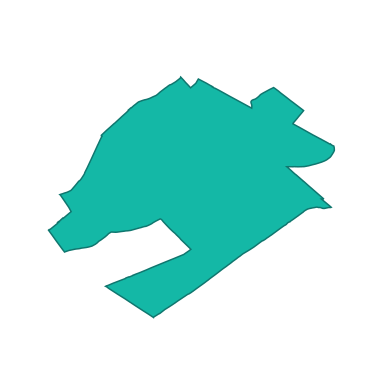 Oudewater, Utrecht, Netherlands, rotated 348°
{"feature_id": "6326949B94693963978568", "entity_name": "Oudewater", "entity_type": "district", "adm_level": 2, "iso_a3": "NLD", "parent_name": "Netherlands", "parent_adm1": "Utrecht", "projection": "natural_earth1", "projection_center": [4.869, 52.025], "detail": "fine", "context": "isolated", "style": "filled", "palette": "teal", "viewbox_px": 384, "rotation_deg": 348, "n_neighbors": 0, "source": "geoboundaries", "source_scale": "gbopen_adm2", "svg_char_len": 5811}
<svg xmlns="http://www.w3.org/2000/svg" viewBox="0 0 384 384"><g transform="rotate(348 192 192)"><path d="M325.0,235.9L324.2,234.8L317.1,225.8L317.8,225.9L318.6,226.1L319.3,226.2L319.6,226.4L306.8,209.4L303.9,205.4L303.4,204.8L303.1,204.7L303.1,204.4L298.1,197.8L297.7,197.2L296.5,195.9L296.0,195.1L295.5,194.6L293.3,191.4L290.0,187.0L290.6,187.1L291.7,187.3L295.5,188.2L297.4,188.5L301.0,189.4L302.1,189.6L306.5,190.4L307.3,190.5L311.0,190.6L311.8,190.6L315.3,190.4L318.8,190.3L322.1,190.0L325.0,189.7L327.9,189.2L328.7,189.0L330.2,188.6L330.7,188.4L331.8,187.9L334.2,186.8L334.9,186.3L335.5,185.8L337.9,183.4L339.0,182.2L339.3,181.7L339.8,181.1L340.0,180.4L340.1,179.7L340.3,178.5L340.3,177.6L340.3,176.6L339.0,175.6L338.5,175.2L337.4,173.8L337.2,174.0L336.7,173.7L335.9,173.0L335.5,172.6L331.4,169.1L322.6,161.7L322.1,161.3L321.9,161.2L321.7,160.9L321.2,160.5L318.0,157.7L313.7,153.9L304.9,146.3L305.0,146.0L305.1,145.8L305.2,145.7L307.2,144.2L310.4,141.7L311.7,140.6L313.8,139.0L316.6,136.8L318.1,135.6L317.5,134.8L312.6,129.1L309.5,125.5L307.3,123.0L304.0,119.0L300.4,114.8L299.1,113.3L297.6,111.3L294.6,107.9L293.5,106.8L292.4,107.1L289.5,107.8L281.7,110.1L280.3,110.6L279.4,110.9L278.6,111.4L277.0,112.5L276.4,112.8L275.2,113.4L274.6,113.7L273.6,114.1L273.0,114.3L272.6,114.3L270.9,114.5L270.6,114.6L270.0,114.7L269.3,115.1L268.9,115.4L268.6,115.7L268.5,116.0L268.4,116.3L268.3,116.8L268.3,117.2L268.5,118.8L268.5,119.2L268.5,119.6L268.4,120.5L267.8,122.4L265.8,120.7L263.8,119.0L261.7,117.2L248.8,106.2L239.6,98.2L236.1,95.3L235.6,95.0L235.2,94.8L233.8,93.5L234.1,93.4L233.2,92.5L231.7,91.3L230.4,90.1L228.4,88.3L227.9,87.9L221.7,82.8L218.3,86.5L212.3,89.8L210.0,85.9L208.6,83.7L207.0,80.8L204.8,77.2L204.0,78.4L203.3,78.6L201.6,79.5L201.2,79.6L199.8,80.4L197.8,81.2L195.7,81.9L194.0,82.5L192.6,82.6L192.0,82.8L189.9,83.7L189.0,84.2L187.5,84.8L181.6,87.6L180.9,88.0L179.0,89.1L177.2,90.0L176.4,90.2L174.9,90.5L173.0,90.9L171.9,91.2L170.1,91.6L168.7,91.8L166.8,92.0L164.6,92.0L162.4,92.2L160.2,92.5L158.4,92.8L157.9,93.0L155.9,94.0L154.8,94.6L154.1,94.9L152.9,95.5L150.4,96.9L150.0,97.1L149.9,97.0L149.6,97.0L148.3,97.8L146.8,98.6L147.0,98.9L146.4,99.3L144.2,100.7L138.6,103.9L137.3,104.7L137.3,104.8L136.8,105.0L134.6,106.3L130.9,108.5L130.4,108.8L130.0,108.9L127.8,110.2L121.3,113.9L115.9,117.2L115.1,117.7L115.2,117.9L115.5,118.3L115.6,118.7L115.3,118.8L115.2,119.1L114.8,119.3L114.8,119.6L113.0,121.9L110.1,125.8L109.4,126.6L108.7,127.6L100.0,139.3L94.3,146.8L92.6,148.9L91.2,150.7L90.4,152.1L86.5,156.0L84.8,157.4L84.3,157.6L83.9,157.7L83.3,158.0L80.9,160.0L78.6,161.8L74.8,164.7L74.4,165.0L74.1,165.2L72.0,165.8L69.6,166.3L67.0,166.5L64.9,166.8L63.5,166.9L62.2,167.1L62.7,167.7L63.0,168.5L68.3,181.4L69.7,186.1L60.5,191.0L60.3,190.6L58.0,191.9L58.0,192.0L56.4,192.9L55.7,193.1L55.9,193.5L54.8,194.1L54.6,193.6L54.0,194.0L54.3,194.7L54.2,194.6L44.6,199.5L44.4,199.1L43.7,199.5L46.4,205.5L47.6,208.3L49.2,212.0L53.8,222.1L54.5,223.4L54.8,224.2L57.9,223.8L59.5,223.6L61.3,223.6L63.0,223.6L65.9,223.6L67.2,223.7L69.1,223.9L70.6,224.0L71.9,223.9L77.2,224.3L79.8,224.3L82.9,224.1L86.6,223.0L88.6,222.1L90.6,220.8L91.2,220.6L93.1,219.9L97.9,217.7L100.2,216.4L101.7,215.4L102.7,215.0L104.6,214.4L104.9,214.4L105.2,214.5L109.0,215.5L110.5,215.7L114.9,216.0L117.2,216.2L119.2,216.3L121.2,216.6L123.9,216.8L130.2,216.4L133.2,216.2L134.7,216.2L136.2,216.0L138.4,215.9L139.8,216.0L141.7,215.7L144.3,215.1L146.0,214.6L147.6,213.9L150.4,213.0L153.4,212.2L155.3,211.7L155.5,211.8L156.0,212.2L156.7,213.0L157.8,215.2L157.9,215.3L158.1,215.7L158.6,216.5L159.0,217.2L160.2,219.2L162.6,223.1L164.8,226.3L165.6,227.4L166.5,228.5L167.5,230.0L167.9,230.8L168.5,231.5L168.8,232.1L169.4,232.9L170.6,234.8L171.0,235.7L171.6,236.7L173.7,239.8L174.9,241.6L178.3,246.7L179.0,247.8L176.8,248.9L172.7,250.6L171.6,251.1L170.9,251.4L170.3,251.5L160.0,253.4L151.5,254.9L142.7,256.5L136.1,257.7L131.3,258.7L123.0,260.2L119.5,260.7L119.5,260.8L117.9,261.0L118.0,261.1L114.1,261.9L112.7,262.1L112.6,261.9L112.4,261.9L109.8,262.3L109.0,262.5L108.7,262.6L108.8,262.6L108.7,262.8L95.9,264.8L91.4,265.7L89.7,266.0L88.8,266.0L88.3,266.2L87.9,266.3L89.0,267.2L90.4,268.9L94.5,273.0L97.7,276.2L104.0,282.3L108.1,286.5L113.6,292.1L119.3,297.8L124.1,302.5L128.3,306.8L128.4,306.6L128.6,306.4L128.9,306.2L131.8,305.2L134.4,304.2L134.8,304.3L135.5,304.0L140.0,301.8L141.4,301.1L141.6,301.1L149.1,298.3L153.9,296.3L155.5,295.6L158.8,294.3L159.6,294.0L161.5,293.2L163.1,292.6L165.0,291.8L166.3,291.3L166.5,291.2L167.9,291.0L169.5,290.4L170.1,290.2L172.1,289.3L172.5,289.2L173.2,288.8L174.2,288.4L174.8,288.1L176.1,287.5L177.9,286.7L185.2,283.5L187.9,282.2L189.3,281.6L191.6,280.4L198.0,277.5L205.9,273.7L210.3,271.8L211.9,271.0L213.3,270.4L214.6,269.8L216.3,269.0L216.3,268.9L217.6,268.3L221.0,266.8L224.0,265.3L225.2,264.9L228.2,263.4L229.1,263.0L234.4,261.2L237.2,260.2L241.1,258.7L244.8,257.0L248.7,255.2L250.4,254.5L250.4,254.4L250.7,254.3L250.8,254.4L251.0,254.4L251.9,254.2L253.2,253.7L253.8,253.5L255.4,252.7L257.7,251.8L260.0,250.8L260.2,250.7L260.4,250.7L267.0,247.7L271.2,245.8L273.7,244.7L275.4,244.0L275.9,243.9L277.3,243.4L277.5,243.3L278.7,242.4L279.1,242.1L279.4,242.0L279.9,241.8L280.2,241.7L281.4,241.5L281.7,241.5L281.8,241.4L281.9,241.2L282.1,241.1L285.7,239.6L290.2,237.6L290.6,237.5L291.1,237.2L292.7,236.5L293.3,236.2L294.5,235.7L295.1,235.4L295.5,235.2L295.9,235.1L296.5,234.8L297.4,234.2L297.7,234.1L298.1,233.9L299.0,233.5L300.7,233.0L301.1,232.8L302.2,232.7L303.2,232.6L306.8,232.6L308.5,232.7L309.2,232.7L310.3,232.7L310.7,232.7L311.2,232.8L312.5,233.5L313.2,233.6L314.1,233.8L314.5,234.0L315.7,234.7L316.0,235.0L316.5,235.2L316.8,235.3L317.6,235.5L318.1,235.6L318.6,235.6L319.4,235.6L322.1,235.6L322.6,235.6L322.9,235.7L324.3,236.0L324.5,236.0L325.0,235.9Z" fill="#14b8a6" stroke="#0f766e" stroke-width="1.5"/></g></svg>